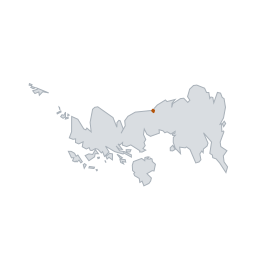 Hartlepool highlighted on a map of United Kingdom, rotated 280°
{"feature_id": "GBR-2030", "entity_name": "Hartlepool", "entity_type": "Unitary Authority", "adm_level": 1, "iso_a3": "GBR", "parent_name": "United Kingdom", "parent_adm1": "", "projection": "mercator", "projection_center": [-1.233, 54.666], "detail": "fine", "context": "in_parent", "style": "filled", "palette": "amber", "viewbox_px": 256, "rotation_deg": 280, "n_neighbors": 0, "source": "natural_earth", "source_scale": "10m", "svg_char_len": 3970}
<svg xmlns="http://www.w3.org/2000/svg" viewBox="0 0 256 256"><g transform="rotate(280 128 128)"><path d="M136.4,203.2L127.0,209.4L124.0,209.0L120.4,205.9L116.7,206.3L118.2,204.7L115.0,203.2L109.4,205.3L106.9,203.9L105.4,200.8L117.6,192.8L119.5,188.9L118.4,187.8L118.1,182.2L111.8,184.2L116.3,178.0L121.8,175.0L126.6,174.3L129.1,175.9L128.4,173.4L129.5,172.8L131.1,175.1L132.9,175.0L129.5,171.3L131.0,167.2L129.7,165.1L131.3,163.0L131.7,158.9L128.4,159.8L123.7,151.6L125.1,147.7L129.8,144.2L124.2,144.4L119.7,147.5L116.5,146.3L113.6,148.0L110.3,146.3L109.3,149.3L106.8,146.1L106.4,143.6L107.7,143.6L111.8,133.7L109.5,129.9L110.2,125.4L112.8,125.2L110.0,123.0L110.5,120.9L105.9,126.2L105.8,122.7L108.3,119.4L104.1,123.6L104.1,128.5L102.2,135.9L99.9,136.4L102.8,127.9L101.5,127.7L102.4,119.1L106.2,109.0L101.1,113.5L95.9,109.8L100.3,107.1L98.8,106.1L101.8,102.1L102.1,99.5L99.6,96.5L99.5,94.7L101.9,93.1L100.1,90.6L101.6,86.2L106.6,86.2L103.8,82.3L104.6,78.8L108.2,78.3L107.3,75.8L108.1,71.9L114.5,73.1L129.6,70.5L127.9,77.1L119.4,84.6L118.9,86.8L120.8,87.5L117.8,92.4L127.0,89.7L140.3,89.9L142.6,91.7L143.6,94.6L135.7,111.4L126.8,116.9L131.5,116.2L134.0,117.7L133.8,119.0L126.2,123.5L121.6,122.1L129.7,124.9L134.6,123.5L139.5,125.9L144.9,132.4L149.6,149.0L155.7,152.8L162.1,160.0L160.8,161.8L164.3,169.5L160.1,167.1L155.8,167.4L159.9,167.9L166.0,174.5L167.0,177.7L163.6,182.4L166.1,184.1L169.2,181.2L177.0,182.0L181.2,185.1L182.2,188.3L180.5,196.5L176.6,199.2L177.0,201.4L171.3,203.4L172.9,204.2L172.8,206.2L167.7,208.1L178.6,209.9L178.4,213.1L174.5,215.4L173.6,217.5L165.3,220.4L154.5,220.3L147.6,218.0L148.4,219.4L140.8,221.0L141.6,222.7L140.8,223.1L130.2,221.2L125.8,222.6L122.8,229.4L117.1,226.7L111.3,228.5L107.0,232.8L101.1,232.2L109.5,224.3L112.9,220.1L113.5,216.6L116.0,215.8L117.2,213.0L128.7,212.7L136.4,203.2ZM97.1,161.3L90.2,161.1L90.2,159.2L86.3,154.6L82.8,159.7L79.7,159.5L77.0,158.2L73.8,153.7L78.1,151.1L76.4,149.1L80.3,147.8L82.2,142.8L84.0,141.6L85.3,142.4L86.9,139.9L92.1,138.7L95.9,139.2L100.4,146.8L98.7,150.2L101.9,149.8L103.1,152.8L103.0,153.9L100.9,151.9L101.1,155.1L102.2,155.3L101.6,157.1L99.2,157.8L97.1,161.3ZM95.1,76.2L93.8,79.8L91.2,81.8L92.7,83.3L86.8,88.9L85.5,87.6L87.9,85.3L85.7,83.7L86.5,82.7L85.4,81.8L86.1,79.1L89.4,79.8L88.8,77.5L94.7,73.3L95.1,76.2ZM95.7,93.9L95.8,97.8L101.0,99.6L97.5,103.3L97.0,100.1L93.8,100.1L89.0,95.2L93.4,90.6L95.7,93.9ZM148.1,27.7L150.4,32.0L151.5,31.4L148.8,43.8L148.9,37.8L144.8,35.0L148.0,33.9L145.8,30.3L148.1,27.7ZM99.8,117.2L93.9,118.2L95.8,114.3L93.8,112.8L96.2,111.2L99.9,114.3L99.8,117.2ZM115.8,173.0L118.7,175.1L115.2,178.2L113.2,175.9L113.0,173.6L115.8,173.0ZM95.9,125.4L96.4,130.7L94.0,131.7L94.0,128.3L91.9,129.9L92.8,126.8L95.9,125.4ZM129.6,60.7L129.4,62.7L132.8,63.7L128.4,64.5L126.3,62.4L127.5,59.7L129.6,60.7ZM107.1,134.7L104.7,134.1L104.2,130.5L106.3,130.0L107.1,134.7ZM151.4,221.6L149.4,223.4L145.9,222.0L148.7,220.2L151.4,221.6ZM97.7,127.6L96.5,126.1L100.3,121.7L99.5,123.9L97.7,127.6ZM84.1,90.3L85.4,91.4L84.4,93.3L80.7,91.9L84.1,90.3ZM83.6,101.8L82.2,101.5L81.9,96.4L83.4,96.6L83.6,101.8ZM151.6,29.8L150.3,27.8L151.1,25.2L152.2,26.0L151.6,29.8ZM133.2,58.8L132.2,59.3L129.6,55.9L130.5,55.4L133.2,58.8ZM128.4,67.1L127.1,67.4L125.9,64.7L127.2,64.8L128.4,67.1ZM154.6,23.2L154.0,26.0L153.0,25.7L153.0,23.2L154.6,23.2ZM136.4,57.0L133.9,57.9L136.7,56.4L136.4,57.0ZM94.3,104.9L93.5,105.1L92.6,103.8L93.8,103.1L94.3,104.9ZM131.3,66.4L130.5,67.9L129.8,66.5L131.3,66.4ZM91.5,111.6L90.0,112.3L92.0,110.8L91.5,111.6ZM81.8,104.8L80.8,105.1L80.4,104.7L81.4,103.8L81.8,104.8Z" fill="#d9dde1" stroke="#a8b0b8" stroke-width="1"/><path d="M149.4,148.6L149.5,148.7L149.6,148.8L150.2,149.0L150.0,149.3L150.1,149.6L150.2,149.9L150.3,150.0L150.2,150.1L149.9,150.3L149.9,150.5L150.0,150.6L149.9,150.7L149.8,150.8L149.2,150.8L148.6,150.7L148.0,150.6L147.9,150.5L148.0,150.2L148.5,150.1L148.5,149.4L148.8,149.2L148.9,148.8L149.4,148.6L149.4,148.6Z" fill="#f59e0b" stroke="#b45309" stroke-width="1.5"/></g></svg>